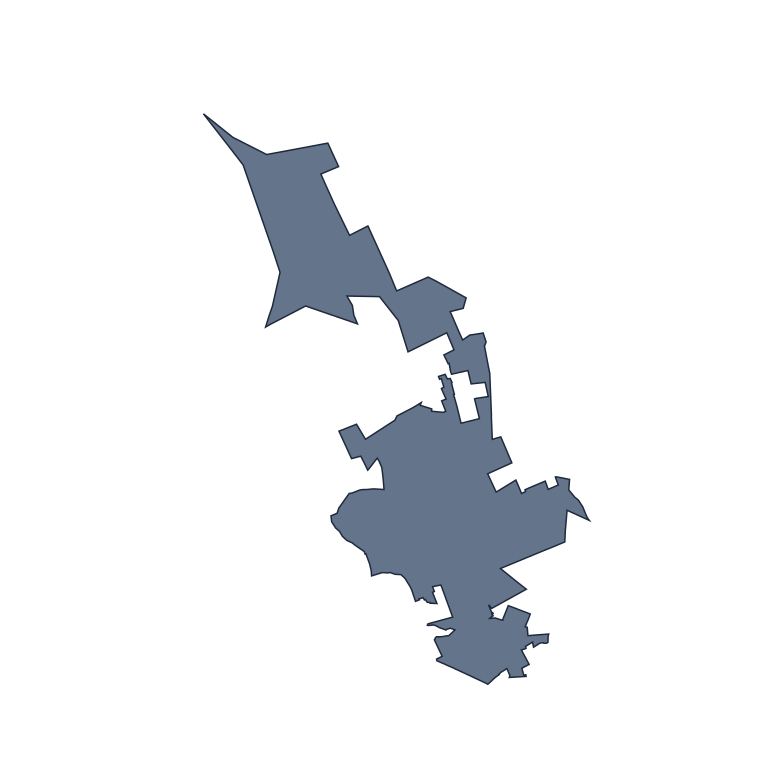 outline of Timucuy, Yucatán, Mexico, rotated 150°
{"feature_id": "50627088B51524956597076", "entity_name": "Timucuy", "entity_type": "district", "adm_level": 2, "iso_a3": "MEX", "parent_name": "Mexico", "parent_adm1": "Yucatán", "projection": "mercator", "projection_center": [-89.531, 20.743], "detail": "fine", "context": "isolated", "style": "filled", "palette": "slate", "viewbox_px": 768, "rotation_deg": 150, "n_neighbors": 0, "source": "geoboundaries", "source_scale": "gbopen_adm2", "svg_char_len": 4588}
<svg xmlns="http://www.w3.org/2000/svg" viewBox="0 0 768 768"><g transform="rotate(150 384 384)"><path d="M444.4,72.2L444.1,72.2L443.8,72.1L434.1,74.3L430.4,74.7L429.5,74.8L429.5,75.3L427.1,75.8L421.9,76.0L419.9,76.1L420.7,68.8L422.2,67.2L407.1,59.7L406.6,61.4L408.5,62.0L406.7,68.9L398.5,68.6L398.0,85.0L394.3,84.1L393.3,84.0L393.2,84.0L392.6,86.1L391.7,86.0L384.4,86.2L386.1,81.3L384.3,81.3L383.0,81.4L380.9,81.5L379.1,81.6L378.6,81.5L377.2,81.2L375.4,80.2L375.3,79.6L372.7,78.2L371.5,78.3L371.2,78.3L370.8,78.9L368.1,83.3L366.7,84.9L366.4,85.1L375.9,89.7L379.5,91.4L385.2,94.1L384.0,96.6L381.6,101.7L383.1,103.2L379.9,105.7L377.0,107.8L374.5,109.9L372.3,111.7L374.9,114.9L377.8,118.4L380.7,122.0L381.6,123.2L382.6,124.4L384.1,126.2L384.5,126.6L385.4,127.8L387.2,129.9L398.7,120.9L399.2,120.0L401.0,121.7L404.7,125.8L404.9,125.9L405.0,126.0L405.4,126.1L408.1,127.4L409.6,128.1L409.1,128.2L407.3,128.6L407.2,128.6L405.4,128.7L405.7,130.7L404.3,130.6L404.2,131.8L405.0,132.2L403.9,140.4L403.4,139.0L402.9,135.8L363.3,135.1L363.8,136.2L367.7,146.0L368.7,148.5L371.9,156.9L375.4,166.0L324.8,159.3L324.7,159.2L306.4,156.8L300.5,166.0L294.8,174.2L288.6,183.1L274.4,163.2L274.8,166.8L274.2,171.8L273.3,178.2L273.7,186.1L275.4,190.6L276.8,199.1L276.9,200.0L271.0,208.6L274.2,211.4L274.3,211.5L281.2,217.5L282.1,217.8L283.6,209.4L294.5,210.7L292.9,219.3L309.7,221.4L314.8,221.9L315.2,220.0L319.6,220.4L317.8,234.9L340.9,234.3L339.1,254.4L312.7,251.8L309.3,279.8L314.9,281.2L317.9,281.9L307.7,301.4L306.8,302.8L287.1,340.3L285.2,345.9L285.2,346.0L277.8,367.2L277.2,367.2L274.6,369.3L273.2,375.8L273.2,376.1L272.6,378.6L276.1,379.9L282.1,382.2L283.2,382.7L284.8,383.3L285.0,383.5L293.5,382.8L293.9,382.8L293.1,390.9L290.8,410.6L290.5,413.6L277.6,409.9L269.8,417.5L277.8,430.9L286.9,446.1L292.3,454.5L326.5,458.3L324.0,477.0L318.9,528.9L339.5,530.0L337.0,565.2L334.7,588.2L333.7,597.4L314.6,595.0L312.2,620.7L370.9,641.4L391.6,673.2L405.3,708.3L398.5,659.3L396.5,644.1L402.8,611.1L406.0,594.4L413.7,554.1L418.2,532.7L441.9,507.0L449.0,500.9L449.2,500.7L458.1,492.5L452.5,492.5L452.4,492.5L452.1,492.5L412.8,490.7L407.4,484.4L388.7,462.9L376.9,449.3L375.7,458.7L372.1,467.9L372.1,478.7L344.2,461.9L339.9,431.9L347.1,399.8L345.7,399.7L304.0,397.0L306.3,378.6L317.6,379.2L318.3,369.5L317.3,369.4L319.0,364.6L319.8,362.7L319.9,362.1L320.6,358.9L320.6,358.7L318.4,358.0L304.6,353.7L308.5,340.5L295.6,334.8L300.0,321.0L309.9,324.9L310.5,325.2L313.0,325.9L318.7,306.3L336.9,311.5L332.0,328.2L329.0,340.1L328.2,339.9L327.0,344.2L326.7,345.5L325.6,349.2L325.2,350.6L325.2,351.0L324.3,351.2L323.9,355.7L326.2,356.6L326.6,356.7L326.2,361.8L333.0,363.3L333.1,362.9L333.5,360.3L331.7,359.9L331.9,358.6L332.0,358.6L332.6,356.3L333.7,351.4L336.6,351.3L337.8,339.9L342.5,340.6L344.2,329.5L346.8,329.8L356.4,336.6L355.1,338.6L361.6,345.6L363.3,347.4L361.0,349.3L366.8,349.1L372.3,349.1L378.4,349.4L381.1,349.5L388.7,349.9L392.6,347.2L427.7,345.4L427.9,362.9L446.6,365.7L449.4,335.6L440.2,333.1L440.6,325.1L441.0,319.9L441.2,317.5L439.1,318.2L428.6,322.5L426.9,323.1L426.9,321.6L426.8,320.5L427.6,313.0L429.2,309.1L429.7,307.9L431.5,303.8L432.5,301.5L433.8,298.8L436.7,292.6L445.3,298.3L450.9,300.9L451.0,300.9L455.2,303.2L458.0,304.3L466.0,305.5L468.9,306.6L485.1,299.2L489.3,295.5L495.8,296.4L498.2,290.9L497.9,283.5L496.2,278.6L496.2,272.8L494.4,267.1L490.8,262.1L490.0,259.6L484.9,248.8L485.4,246.0L484.6,245.8L485.3,241.8L486.4,235.5L488.5,228.5L490.7,224.0L480.1,221.6L479.9,221.6L475.1,218.5L472.8,217.5L469.6,213.7L464.6,210.4L464.1,208.6L463.9,208.2L463.0,205.2L462.7,195.0L463.1,191.1L465.4,180.0L461.4,179.4L461.3,180.3L457.0,179.4L457.0,176.8L456.0,176.7L455.7,173.3L453.4,171.8L453.7,171.1L447.9,167.4L446.1,179.4L444.1,179.1L443.3,184.2L435.3,181.5L435.7,178.5L441.1,147.8L465.8,154.3L467.1,153.4L466.2,152.6L464.5,151.8L461.7,150.6L459.8,148.6L458.0,145.5L453.3,139.9L452.6,140.3L448.6,139.3L445.5,135.6L453.5,133.7L454.3,133.8L455.0,134.3L459.0,135.8L461.4,136.8L465.0,138.9L467.0,138.2L467.7,137.2L468.3,137.2L469.8,119.1L476.0,119.5L476.6,117.9L475.7,116.7L474.9,115.6L474.2,114.6L473.2,113.3L471.9,111.6L471.0,110.3L470.3,109.3L469.5,108.2L468.8,107.2L468.5,106.9L467.6,105.7L466.8,104.6L466.3,103.9L465.6,102.9L464.5,101.1L463.7,100.1L463.3,99.7L462.9,99.1L462.2,98.0L461.4,96.9L460.5,95.6L459.7,94.5L459.2,93.8L458.5,92.8L457.3,91.1L456.6,90.0L455.8,89.0L454.9,87.6L454.1,86.5L453.8,86.1L453.6,85.7L453.4,85.4L453.1,85.1L452.9,84.7L452.6,84.4L452.4,84.0L451.7,83.0L451.2,82.3L451.0,82.0L449.3,79.6L447.7,77.3L445.3,73.9L444.4,72.2Z" fill="#64748b" stroke="#1e293b" stroke-width="1.5"/></g></svg>